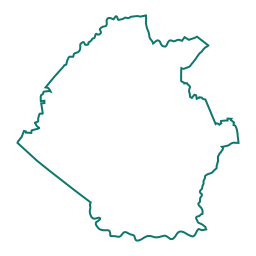 outline of Ca Mau, Cà Mau, Vietnam
{"feature_id": "81297802B56186863938752", "entity_name": "Ca Mau", "entity_type": "district", "adm_level": 2, "iso_a3": "VNM", "parent_name": "Vietnam", "parent_adm1": "Cà Mau", "projection": "orthographic", "projection_center": [105.22, 9.175], "detail": "fine", "context": "isolated", "style": "outline", "palette": "teal", "viewbox_px": 256, "rotation_deg": 0, "n_neighbors": 0, "source": "geoboundaries", "source_scale": "gbopen_adm2", "svg_char_len": 5770}
<svg xmlns="http://www.w3.org/2000/svg" viewBox="0 0 256 256"><path d="M208.3,45.4L197.0,36.7L194.6,37.9L188.8,39.8L184.6,37.2L182.0,40.8L179.5,39.9L178.6,39.8L177.7,39.9L176.8,40.2L175.4,40.9L174.5,41.2L173.6,41.3L173.0,41.1L171.3,40.5L170.6,40.4L169.5,40.6L168.9,41.1L167.9,42.4L166.5,45.5L166.0,46.0L165.4,46.5L164.6,46.5L163.3,46.3L162.6,46.1L161.7,45.1L160.8,43.9L160.2,42.2L159.5,41.2L158.8,40.7L158.0,40.4L157.3,40.4L156.4,40.8L153.1,43.5L152.7,42.4L152.0,41.0L150.0,38.5L149.5,37.2L149.1,34.5L148.6,32.3L146.9,28.0L145.9,23.3L146.1,19.2L146.0,16.9L146.0,15.5L145.7,15.4L143.7,16.0L142.7,16.0L141.3,16.5L140.5,16.6L139.8,16.5L138.1,16.1L136.6,16.1L132.2,16.6L130.6,16.9L129.6,17.6L128.7,18.1L127.7,18.1L125.5,17.6L124.9,17.7L123.0,18.9L120.6,19.5L118.4,19.9L117.9,19.3L117.1,17.1L116.7,16.5L116.3,16.3L115.9,16.3L115.5,16.6L115.1,17.1L113.5,19.3L113.2,19.3L111.0,18.2L109.4,18.0L108.6,18.0L107.6,18.5L106.8,19.8L106.6,20.9L106.8,23.6L106.6,24.8L106.1,25.8L105.6,26.2L104.2,26.4L102.7,26.8L101.2,27.7L100.1,28.7L99.8,29.5L100.8,31.6L100.9,32.6L100.6,33.4L99.4,34.3L98.2,34.7L97.5,34.5L96.6,33.9L96.1,33.9L95.6,34.3L94.6,37.6L94.2,38.1L93.7,38.3L93.0,38.4L92.2,38.9L91.3,40.5L90.4,41.3L88.9,42.2L88.4,42.8L88.5,43.9L88.1,44.4L86.5,44.9L85.4,44.8L84.9,44.5L84.6,43.6L84.0,42.5L83.5,42.1L82.9,42.1L81.6,42.9L80.4,44.1L80.2,45.4L80.3,46.8L80.2,48.7L79.9,49.8L79.4,50.8L78.2,52.1L76.9,52.6L75.0,53.2L74.2,53.7L73.6,54.9L73.4,56.3L73.0,56.8L72.2,56.8L70.6,56.7L69.7,56.7L68.8,57.3L67.4,60.0L66.8,61.9L66.5,63.8L66.2,64.6L65.6,64.8L64.8,65.1L64.3,65.3L63.2,66.9L54.8,76.2L45.6,87.4L46.4,87.5L48.3,88.1L49.0,88.9L50.0,90.3L50.5,91.4L49.9,91.1L48.4,91.1L44.8,91.5L43.7,91.8L43.4,92.2L43.0,93.8L42.7,94.1L41.8,94.8L41.1,95.2L40.7,96.9L40.8,101.1L44.4,100.8L44.4,103.1L41.2,103.4L42.7,112.9L42.7,113.4L42.4,113.7L39.9,113.7L39.6,114.0L39.1,115.0L38.4,117.6L38.2,118.8L38.2,121.2L37.9,121.6L37.4,121.8L35.1,122.6L34.9,122.8L34.9,123.0L35.8,124.1L36.4,125.5L37.6,126.8L39.0,127.7L39.0,128.2L37.7,128.8L32.1,130.2L31.6,130.6L31.3,132.9L25.8,132.6L25.8,131.4L24.0,131.0L23.1,133.1L21.8,136.7L17.9,141.7L17.5,142.9L37.1,160.8L49.3,170.6L74.1,189.9L90.3,202.2L90.7,202.4L90.0,204.3L90.0,205.4L90.3,206.6L90.4,207.5L90.3,208.4L89.9,210.0L89.8,211.4L89.9,212.8L90.5,214.9L91.2,216.5L91.5,217.1L92.5,218.1L93.4,218.5L94.3,218.7L95.4,218.6L97.1,218.1L98.8,217.7L99.4,217.8L99.9,218.2L100.1,218.7L100.0,219.3L99.4,219.9L96.1,222.3L95.8,223.4L95.9,224.6L96.4,225.5L97.7,227.4L99.1,228.8L100.4,229.6L102.1,230.0L104.0,230.3L106.7,230.2L108.1,230.3L109.1,230.7L109.7,231.5L110.2,233.2L110.3,235.6L110.7,236.0L114.8,236.2L116.2,236.4L117.7,236.7L118.8,236.8L119.7,236.6L120.8,235.9L122.9,233.3L123.8,232.4L125.4,232.1L126.6,232.4L129.0,233.7L130.3,234.3L133.6,235.3L134.3,236.0L135.2,238.9L135.7,239.8L136.3,240.4L137.2,240.6L137.9,240.6L139.4,240.2L141.5,239.3L144.1,237.6L146.7,236.3L148.0,236.0L149.6,236.0L150.8,236.1L155.0,237.3L156.7,237.3L158.4,237.2L163.7,235.8L165.0,235.7L165.8,235.9L166.9,236.5L170.5,239.0L171.6,239.1L172.9,238.8L174.0,237.8L175.2,236.5L176.7,234.1L177.9,232.7L179.1,231.8L180.4,231.5L181.8,231.6L183.2,232.0L184.5,232.6L188.2,234.8L190.9,236.0L192.1,236.4L193.1,236.3L193.8,236.0L194.5,235.4L195.4,234.1L197.0,230.8L197.9,229.7L198.7,229.1L199.3,229.1L201.4,230.1L202.4,230.2L204.0,229.8L206.1,229.4L205.7,228.8L205.7,228.2L205.6,227.3L205.4,227.1L205.2,226.8L202.5,224.7L200.6,223.7L199.0,223.0L198.2,222.5L197.7,221.9L197.2,220.5L196.4,219.1L196.1,218.1L196.2,217.3L196.9,216.7L199.3,216.0L200.0,215.4L200.6,214.7L201.0,214.4L201.3,214.2L202.5,213.8L202.6,213.5L202.5,210.5L202.2,209.7L201.7,208.7L201.1,207.7L199.3,205.9L198.7,205.0L198.5,204.6L198.3,203.8L198.4,203.4L199.6,202.3L199.9,201.7L200.0,201.2L200.1,198.7L200.2,198.1L201.6,195.9L201.8,195.4L201.9,194.6L201.8,194.2L201.6,194.0L200.5,193.1L200.0,192.2L199.9,191.8L200.0,191.4L200.1,190.9L200.6,190.2L201.5,189.4L201.8,189.0L202.1,188.5L202.3,187.2L202.5,185.9L203.1,184.7L203.5,183.6L203.6,182.9L203.6,182.4L203.5,181.9L203.5,181.1L203.8,180.4L204.9,178.1L205.0,177.7L205.1,176.4L205.1,176.1L205.8,175.4L207.5,174.3L208.2,174.0L210.3,173.4L212.4,172.4L212.7,172.1L213.0,171.5L214.9,169.6L216.4,168.5L216.6,168.1L216.6,167.7L216.6,166.3L216.7,165.7L217.3,164.0L217.3,162.9L218.0,161.6L218.0,160.8L218.0,159.9L217.9,157.8L218.0,156.7L218.1,156.2L219.0,154.9L219.5,153.6L219.8,153.3L220.3,152.9L220.8,152.3L221.4,151.2L222.2,150.2L222.7,149.5L222.9,148.9L223.0,148.5L222.9,147.9L221.9,146.8L223.7,146.6L224.6,146.4L225.4,146.1L225.9,146.1L228.3,145.4L229.2,145.0L230.3,144.0L231.6,143.3L233.0,142.8L233.4,142.7L234.4,142.7L235.4,142.8L238.5,142.9L238.2,139.5L237.8,136.9L237.6,134.3L237.1,130.9L236.6,128.7L235.6,126.3L235.0,125.6L234.5,125.2L233.6,125.1L233.6,123.9L234.0,122.5L233.0,121.7L232.3,121.1L230.9,120.2L230.8,119.8L231.4,118.8L227.6,118.6L227.5,120.5L226.0,120.5L222.5,120.8L220.9,121.1L220.8,122.3L221.2,123.4L219.3,124.7L218.3,123.8L217.5,123.6L217.1,123.4L216.8,123.3L216.3,123.5L215.6,124.0L205.4,99.5L203.6,99.1L202.5,98.6L202.1,98.0L201.8,97.6L200.2,97.4L199.3,97.3L199.2,97.8L198.7,97.8L197.2,98.6L196.7,98.8L196.3,96.1L196.1,95.4L195.9,95.2L195.6,95.0L194.6,94.8L194.3,94.8L194.1,95.2L193.8,95.6L192.8,96.6L192.0,97.9L191.6,97.9L190.9,97.4L190.3,97.1L190.1,96.9L190.1,96.7L189.8,94.5L189.6,93.0L189.3,92.4L189.1,91.6L189.2,89.4L189.5,88.5L190.0,87.5L189.9,86.6L189.1,85.5L187.6,84.3L187.0,83.2L184.5,83.4L184.6,82.9L183.7,82.6L182.3,81.8L181.2,81.1L181.1,80.9L181.2,70.0L181.4,68.1L182.2,68.6L183.2,68.8L184.0,68.7L188.2,67.2L189.5,66.6L190.0,66.1L190.6,65.4L191.6,64.0L193.3,62.0L194.3,60.6L195.5,59.2L196.4,57.9L196.9,57.0L199.1,54.0L200.1,52.9L201.2,52.1L201.8,51.5L203.6,49.1L204.9,47.8L205.8,47.2L207.7,46.1L208.3,45.4Z" fill="none" stroke="#0f766e" stroke-width="2"/></svg>